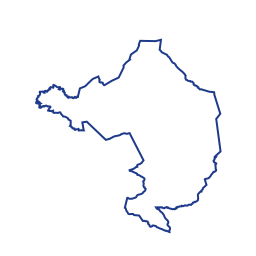 San Mateo Río Hondo, Oaxaca, Mexico, rotated 102°
{"feature_id": "50627088B41033546830678", "entity_name": "San Mateo Río Hondo", "entity_type": "district", "adm_level": 2, "iso_a3": "MEX", "parent_name": "Mexico", "parent_adm1": "Oaxaca", "projection": "equal_earth", "projection_center": [-96.499, 16.1], "detail": "fine", "context": "isolated", "style": "outline", "palette": "blue", "viewbox_px": 256, "rotation_deg": 102, "n_neighbors": 0, "source": "geoboundaries", "source_scale": "gbopen_adm2", "svg_char_len": 5822}
<svg xmlns="http://www.w3.org/2000/svg" viewBox="0 0 256 256"><g transform="rotate(102 128 128)"><path d="M221.1,65.8L219.6,66.3L218.3,65.9L217.4,66.0L216.4,66.6L215.2,68.6L214.6,69.2L213.9,69.4L212.5,68.9L211.9,68.9L210.3,69.9L209.2,71.8L208.6,72.6L207.3,73.8L205.4,75.1L203.9,76.8L203.3,77.9L202.9,79.0L202.0,79.8L201.5,80.7L201.3,81.1L201.1,82.5L200.6,83.4L199.8,84.1L199.7,83.5L199.7,83.3L199.5,82.8L199.2,81.9L199.5,81.2L199.4,80.5L198.9,80.3L198.7,79.7L198.8,78.8L198.5,78.0L198.9,77.7L199.0,76.0L198.8,75.7L198.0,75.1L197.8,73.9L197.4,73.8L197.4,73.1L197.3,72.7L197.9,72.4L197.8,71.5L198.1,70.4L198.0,69.4L198.2,68.5L198.2,67.5L197.6,66.2L197.8,65.5L197.6,65.1L197.1,64.7L196.8,64.9L196.6,64.7L196.6,63.9L196.2,63.6L195.3,63.9L195.1,63.0L194.7,62.8L194.6,62.0L194.0,61.1L193.8,61.0L193.6,59.5L193.2,59.4L192.8,59.2L193.0,57.8L191.7,56.0L191.9,55.3L191.5,53.6L190.6,53.0L190.1,51.3L190.1,50.4L189.5,50.3L188.7,49.2L187.6,49.1L186.8,47.5L186.4,47.5L186.4,47.0L185.4,45.5L184.2,44.7L184.1,44.8L182.7,44.6L179.1,45.7L177.9,45.6L175.7,44.3L175.2,43.5L175.1,43.8L172.5,42.2L171.1,42.1L167.3,39.4L162.3,42.2L161.8,41.9L160.6,39.1L159.8,38.3L157.7,37.2L156.6,36.9L154.3,35.6L153.5,35.5L153.0,34.9L153.0,34.5L152.7,34.0L152.2,33.8L151.4,33.0L150.5,33.1L149.5,33.9L148.9,33.9L145.5,35.0L145.1,34.4L144.4,34.3L144.1,34.7L143.6,36.5L143.0,37.2L142.4,37.1L142.2,37.4L140.5,36.8L139.9,37.0L139.4,36.9L139.0,36.4L138.6,36.2L138.9,37.1L138.1,37.2L131.7,32.6L100.8,43.6L94.9,40.7L77.6,50.4L75.1,51.2L75.6,56.1L74.9,64.4L75.2,65.4L75.3,65.6L74.5,66.8L74.4,67.5L73.5,67.7L73.3,68.8L72.8,69.0L72.4,70.1L72.6,70.9L72.5,71.2L72.3,71.3L72.4,71.8L72.2,72.3L71.6,73.0L71.3,73.0L70.6,73.0L69.3,74.8L69.6,76.2L69.1,76.8L69.4,77.5L69.4,77.9L69.2,79.7L68.6,80.6L68.7,81.3L67.6,82.1L65.3,82.6L64.9,82.5L64.8,82.8L63.9,83.3L62.0,86.0L59.4,90.9L57.7,93.4L55.9,94.9L55.1,96.2L54.7,98.1L53.0,99.8L50.4,102.2L49.7,103.7L48.3,105.1L46.9,110.8L46.0,111.5L44.9,113.3L34.9,114.1L37.3,119.1L40.2,134.2L44.1,134.8L45.0,134.3L50.2,135.5L55.5,140.4L60.6,140.9L60.8,140.4L64.2,143.3L67.9,145.4L69.6,144.8L80.6,147.6L85.3,153.8L90.1,158.9L91.1,160.2L90.5,161.2L90.2,161.4L89.4,162.2L89.0,162.2L88.9,163.4L89.2,164.2L89.1,165.3L88.5,165.6L88.1,165.6L87.6,165.9L86.7,165.7L85.4,166.8L83.8,167.7L87.0,172.2L87.9,173.1L96.1,178.6L99.3,183.3L107.6,183.5L107.7,183.9L108.1,183.7L108.2,184.3L109.0,184.7L109.3,185.0L109.1,185.5L108.6,186.2L108.6,186.5L109.0,186.8L109.6,186.7L110.2,187.7L110.1,188.5L109.6,188.8L109.5,189.4L110.3,191.1L110.1,191.7L109.6,192.4L109.8,192.9L110.4,192.5L110.8,192.7L110.7,193.3L110.4,193.6L109.6,193.9L109.4,194.8L109.0,194.9L109.2,195.5L109.1,195.8L108.5,195.8L108.1,196.9L107.7,197.2L106.5,197.2L106.1,197.6L106.1,198.7L105.8,199.0L105.4,198.4L104.9,198.5L104.4,199.3L103.9,199.2L103.2,199.5L103.1,199.9L103.4,201.1L104.3,202.1L104.7,202.9L104.5,203.6L104.0,203.3L103.2,203.8L103.1,203.4L102.3,202.9L102.1,203.1L102.1,203.4L102.8,204.9L102.8,205.5L102.7,206.0L102.3,206.6L101.5,208.7L101.4,209.9L101.9,210.0L103.6,209.4L104.1,209.5L104.1,212.2L105.5,213.1L106.1,212.3L106.8,212.7L107.2,213.8L109.2,214.5L109.4,215.3L108.7,215.9L108.7,216.3L109.3,217.3L110.9,217.0L110.9,217.5L110.7,218.2L110.1,219.1L110.9,221.8L111.4,221.8L112.7,221.0L114.6,221.4L115.5,222.6L116.3,222.1L117.6,223.0L118.4,223.3L119.0,223.4L119.7,222.3L120.5,222.9L122.6,223.1L122.8,222.8L122.8,221.2L122.6,221.4L122.3,222.0L122.1,222.1L121.8,221.6L121.2,221.2L120.9,220.4L121.0,220.2L121.7,220.0L121.9,218.9L122.1,218.5L122.7,219.4L123.4,219.5L124.3,218.7L125.0,219.2L125.6,218.7L126.1,219.1L126.4,218.9L126.5,218.4L126.4,217.7L126.2,217.4L125.8,217.0L125.2,216.8L124.8,216.1L124.3,215.8L124.1,215.1L124.5,214.6L124.2,214.1L123.6,213.8L123.1,212.6L123.3,211.8L123.7,211.4L123.3,210.0L123.3,209.2L123.2,208.4L123.3,208.3L123.9,208.3L124.8,208.9L126.7,209.5L127.2,209.8L127.5,209.8L127.4,208.8L127.7,208.4L127.6,207.8L127.2,207.0L127.5,206.3L126.6,204.8L127.0,204.7L127.4,204.9L127.9,204.8L128.5,204.0L128.6,203.5L128.0,201.6L128.0,201.0L127.7,199.3L126.9,198.3L126.8,197.9L126.9,197.4L127.9,196.6L129.3,194.9L129.7,194.2L130.2,193.9L130.0,192.3L130.3,190.7L130.9,188.9L131.2,188.4L132.0,188.2L132.8,185.6L136.5,184.8L137.9,185.1L137.8,184.7L137.8,184.4L138.6,184.0L138.7,183.2L139.2,182.8L139.5,182.6L139.6,181.9L139.9,181.7L140.0,181.1L139.6,180.8L139.7,180.1L140.8,179.7L140.7,179.0L139.9,177.9L139.7,176.8L139.2,176.4L139.4,176.0L140.0,176.1L140.7,175.6L140.3,174.7L140.1,173.4L139.7,172.7L139.8,171.7L139.6,171.0L139.2,171.5L138.9,171.1L132.0,173.8L130.4,169.7L144.2,147.2L142.4,143.7L139.1,139.8L137.0,135.0L136.3,134.0L135.3,133.2L134.9,132.2L134.2,131.4L133.8,129.8L134.0,128.0L132.7,125.4L156.4,106.1L159.2,107.4L160.7,108.8L162.0,111.0L163.2,111.3L163.6,111.3L164.0,110.9L164.5,111.6L164.6,112.2L165.8,113.1L166.9,114.2L168.9,117.7L169.5,117.4L169.5,115.7L169.9,113.4L170.5,111.1L170.5,110.5L170.9,109.5L171.6,109.3L171.9,109.1L171.8,107.4L172.3,106.0L172.7,105.3L172.7,104.5L173.9,101.5L174.7,101.2L175.9,101.2L176.8,102.0L177.2,102.0L178.9,101.1L181.3,100.9L182.1,100.5L182.7,99.9L182.7,99.2L183.3,99.0L184.0,98.0L185.8,98.3L187.9,99.9L188.9,100.2L190.1,101.8L190.7,103.2L191.6,104.8L193.5,105.6L194.1,105.7L194.5,106.2L196.0,108.7L196.7,110.5L196.9,111.9L196.8,112.7L196.4,113.3L196.3,113.8L196.6,114.2L206.7,114.5L207.0,113.6L209.2,112.4L210.4,111.1L211.8,109.9L212.0,109.3L211.9,108.3L211.4,106.9L211.1,105.1L211.9,104.0L211.3,98.9L215.8,94.2L215.6,93.8L215.7,93.3L215.4,92.6L215.6,91.5L215.4,91.4L215.3,90.9L215.4,89.6L216.3,88.5L217.5,88.5L217.8,88.1L218.1,87.2L218.7,86.7L219.3,86.6L219.9,85.7L219.9,85.2L219.0,83.9L218.4,83.8L218.1,83.2L218.1,80.7L218.2,80.2L219.0,79.3L219.2,77.5L219.5,76.9L220.0,73.1L220.5,71.7L220.5,70.7L220.8,69.8L220.8,69.5L220.5,69.2L220.5,68.5L221.0,66.9L221.1,65.8Z" fill="none" stroke="#1e3a8a" stroke-width="2"/></g></svg>